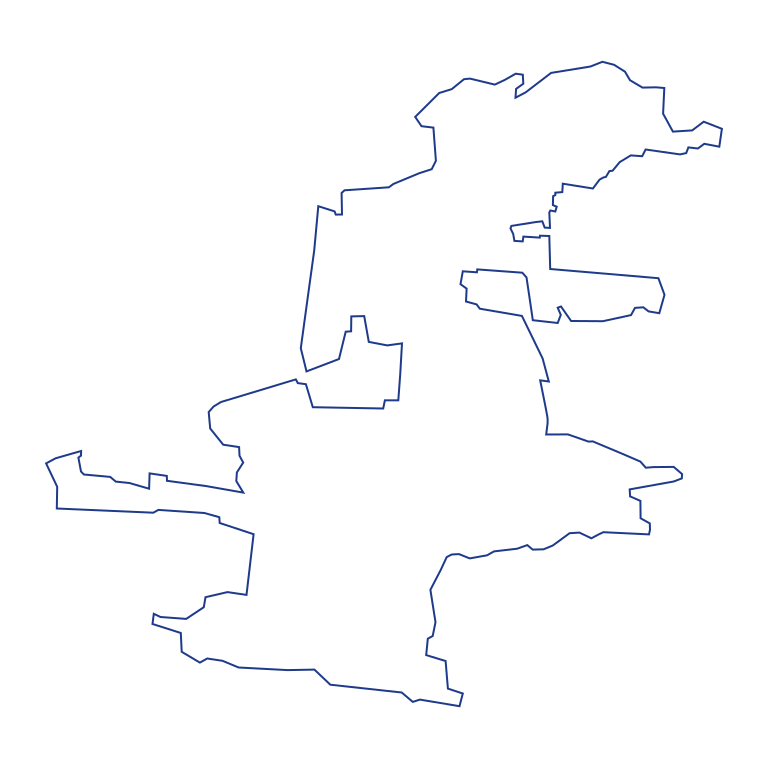 the district of Shakhrisabz city, Kashkadarya, Uzbekistan
{"feature_id": "79887680B15767509154771", "entity_name": "Shakhrisabz city", "entity_type": "district", "adm_level": 2, "iso_a3": "UZB", "parent_name": "Uzbekistan", "parent_adm1": "Kashkadarya", "projection": "equal_earth", "projection_center": [66.838, 39.072], "detail": "fine", "context": "isolated", "style": "outline", "palette": "blue", "viewbox_px": 768, "rotation_deg": 0, "n_neighbors": 0, "source": "geoboundaries", "source_scale": "gbopen_adm2", "svg_char_len": 2953}
<svg xmlns="http://www.w3.org/2000/svg" viewBox="0 0 768 768"><path d="M306.3,307.9L300.8,348.2L306.5,371.4L339.0,359.0L345.7,331.7L351.1,331.3L351.3,316.4L364.2,316.1L368.8,341.9L387.3,345.4L402.0,343.4L400.2,374.7L398.3,400.3L384.9,400.3L383.2,408.5L312.8,407.2L305.9,384.2L297.8,383.1L295.8,379.4L221.0,402.0L213.6,406.5L208.7,412.1L210.2,428.5L223.2,444.7L239.1,447.1L239.5,455.7L243.2,462.6L236.9,472.4L236.3,481.1L243.3,492.6L206.3,486.1L167.0,480.8L166.8,475.9L149.6,473.4L149.1,488.7L129.3,483.0L115.8,481.6L110.2,476.9L83.9,474.5L81.0,471.5L78.4,457.6L81.0,455.6L81.1,451.0L55.6,458.3L46.1,463.4L57.2,486.8L56.8,508.5L153.3,512.7L158.4,509.9L204.4,513.0L219.3,517.2L219.7,523.0L253.6,534.2L246.5,594.9L227.5,592.1L205.5,597.2L203.8,607.2L186.2,618.9L160.5,617.0L153.8,613.8L152.5,624.0L180.8,633.0L181.7,651.8L199.9,662.6L207.2,658.5L222.5,660.8L238.6,667.5L287.6,670.1L314.4,669.6L330.3,684.7L401.7,692.5L412.8,701.9L419.9,699.6L459.5,706.2L462.8,693.5L447.9,688.6L445.6,661.0L426.2,655.1L427.8,638.7L432.7,636.0L435.5,622.2L430.4,589.8L440.8,569.8L446.7,557.1L451.7,554.5L459.0,554.1L469.7,558.4L487.1,555.3L494.0,551.4L517.2,548.7L527.3,545.1L532.7,549.6L543.6,549.3L552.8,545.5L569.6,533.2L579.4,532.6L591.4,538.3L597.9,534.8L603.3,532.2L649.0,534.4L650.0,529.7L649.8,523.4L640.6,518.3L640.4,500.9L630.1,496.4L629.7,489.4L673.7,481.5L681.8,478.4L682.1,474.1L673.7,466.9L653.4,467.1L645.8,467.7L640.4,461.6L624.0,454.5L592.8,441.4L588.5,441.6L567.9,434.4L546.2,434.5L547.6,423.1L547.6,418.9L547.2,415.8L545.3,405.8L540.2,380.4L543.0,380.7L548.8,381.5L542.6,358.4L521.9,315.9L479.8,308.7L476.6,304.4L466.0,301.5L466.5,291.6L466.6,288.6L460.5,284.2L462.8,271.3L476.9,272.3L477.3,269.4L522.3,272.7L526.5,277.4L530.6,305.0L532.8,320.2L557.7,323.0L560.7,315.1L560.8,314.9L557.7,307.7L561.0,306.5L570.2,319.7L571.1,321.0L572.9,321.0L602.9,321.2L631.0,315.1L635.0,307.9L643.3,307.3L648.6,311.4L659.3,313.2L664.5,294.8L658.4,278.2L550.2,269.0L549.3,236.0L540.0,235.7L539.8,237.6L523.4,236.6L522.7,241.4L514.4,240.9L513.2,234.0L510.5,228.4L511.4,225.9L535.5,222.1L542.3,221.3L544.7,227.6L550.0,227.9L549.3,212.4L550.4,210.5L555.3,211.5L556.7,206.7L552.9,205.1L553.1,196.2L555.3,195.1L555.3,192.7L562.3,192.1L562.8,183.7L592.9,188.5L599.6,179.6L603.3,177.5L605.9,176.9L609.4,171.1L612.6,170.7L619.7,162.1L630.8,155.4L642.2,156.2L645.6,149.5L680.0,154.4L686.2,153.1L688.4,147.4L697.9,148.5L704.3,143.8L719.3,146.7L721.9,128.8L703.7,121.7L692.2,130.4L672.9,131.6L663.1,113.7L664.3,88.0L655.9,87.3L642.5,87.6L630.0,80.2L625.0,71.7L614.1,64.8L602.4,61.8L590.5,66.5L551.1,72.9L525.6,92.4L515.5,97.7L516.1,88.9L523.3,83.7L522.8,74.7L515.7,73.7L504.8,79.9L494.8,84.6L470.0,78.6L464.0,79.2L451.8,89.1L439.2,93.0L415.2,116.9L421.5,126.2L433.4,127.6L435.9,160.8L431.7,169.2L419.3,173.2L393.3,184.0L388.9,187.3L344.5,190.3L341.6,193.0L342.0,214.5L335.8,214.6L334.6,211.4L318.3,206.2L314.2,250.6L306.3,307.9Z" fill="none" stroke="#1e3a8a" stroke-width="2"/></svg>